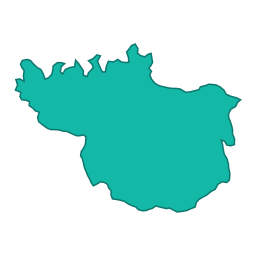 the district of Jaborá, Santa Catarina, Brazil
{"feature_id": "56859067B74919333247370", "entity_name": "Jaborá", "entity_type": "district", "adm_level": 2, "iso_a3": "BRA", "parent_name": "Brazil", "parent_adm1": "Santa Catarina", "projection": "robinson", "projection_center": [-51.784, -27.14], "detail": "fine", "context": "isolated", "style": "filled", "palette": "teal", "viewbox_px": 256, "rotation_deg": 0, "n_neighbors": 0, "source": "geoboundaries", "source_scale": "gbopen_adm2", "svg_char_len": 2300}
<svg xmlns="http://www.w3.org/2000/svg" viewBox="0 0 256 256"><path d="M75.6,60.1L74.6,66.7L70.2,67.4L65.4,69.4L62.7,73.9L60.3,71.7L61.2,66.8L64.6,63.6L61.1,62.6L57.3,62.7L53.2,65.9L52.7,70.6L51.7,74.3L48.9,77.5L45.1,79.3L43.1,73.5L40.8,69.4L37.5,67.7L33.6,64.1L30.5,60.5L27.5,59.5L22.4,60.4L20.5,64.1L21.9,67.5L24.2,70.8L23.4,76.0L24.1,81.4L19.9,78.9L15.9,79.6L17.6,85.1L15.4,90.1L21.0,92.4L19.9,96.5L21.7,99.8L25.9,100.2L29.5,101.7L29.1,105.6L32.9,108.1L35.2,110.8L39.3,112.2L37.6,117.4L38.8,121.8L42.4,124.7L47.2,128.2L51.0,129.6L54.4,129.6L58.8,129.9L62.9,131.1L66.4,131.3L70.4,133.0L73.8,134.6L76.8,135.8L80.1,135.7L83.1,134.9L86.0,136.7L85.7,141.0L85.3,144.6L83.4,148.3L81.3,151.4L80.6,155.8L82.4,158.9L83.4,162.8L84.4,167.4L85.9,171.1L87.7,175.5L90.0,179.8L91.4,183.1L93.4,185.8L97.1,183.9L100.5,181.8L104.5,182.5L107.5,184.4L108.7,187.9L111.1,190.8L111.0,195.0L112.5,198.9L115.6,199.3L119.9,200.1L124.3,201.3L128.2,203.9L132.1,205.7L135.7,206.9L138.4,209.7L142.9,210.8L146.2,210.5L149.1,209.3L152.6,208.2L155.9,205.9L159.5,207.0L163.2,207.8L166.3,208.6L169.4,208.0L172.7,209.7L177.1,212.0L182.5,211.3L186.8,210.5L190.9,208.7L195.2,207.0L196.2,202.6L198.9,199.5L202.6,197.2L206.6,195.1L211.3,191.3L215.2,189.3L218.0,184.3L222.2,181.7L226.8,182.5L229.4,180.0L229.9,173.6L228.7,168.2L228.4,163.8L226.9,158.6L224.2,154.1L223.1,148.7L222.6,144.8L221.3,140.1L224.6,141.3L226.8,145.0L230.6,145.8L234.4,144.6L234.5,138.8L232.5,134.0L232.5,129.4L231.6,125.5L230.3,121.6L228.7,117.6L228.5,113.8L231.0,109.1L235.6,106.5L237.5,102.5L240.6,99.8L236.5,97.8L231.1,96.4L226.2,94.3L223.8,90.0L220.2,87.0L215.9,84.9L212.1,84.5L209.0,84.2L204.8,85.8L200.5,86.8L198.9,89.7L194.9,90.7L190.8,91.7L186.3,92.4L183.5,91.0L180.5,89.1L176.1,88.4L172.4,88.4L168.9,88.0L164.4,87.0L159.2,85.7L154.8,83.2L151.4,79.0L149.8,74.7L151.5,71.1L148.8,68.3L151.0,65.4L152.6,62.3L151.8,58.0L151.1,53.4L148.1,54.3L144.9,56.8L140.6,55.7L137.4,53.0L138.0,48.7L135.1,44.0L131.5,45.5L129.0,49.1L126.6,52.0L128.5,57.8L128.8,62.3L125.0,62.5L121.2,61.9L117.8,59.4L113.6,61.9L108.3,61.3L106.1,67.3L105.4,71.9L102.3,71.9L99.7,66.5L97.5,61.3L100.4,55.9L96.9,54.9L93.0,58.8L88.5,60.7L92.0,64.2L93.3,67.5L91.0,70.2L88.5,72.7L87.2,76.6L83.3,75.2L83.4,70.8L80.8,66.9L78.6,63.5L75.6,60.1Z" fill="#14b8a6" stroke="#0f766e" stroke-width="1.5"/></svg>